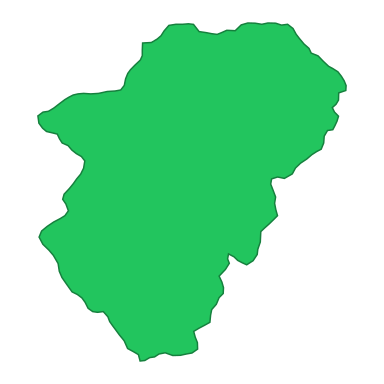 outline of São Geraldo do Baixio, Minas Gerais, Brazil
{"feature_id": "56859067B90652134730320", "entity_name": "São Geraldo do Baixio", "entity_type": "district", "adm_level": 2, "iso_a3": "BRA", "parent_name": "Brazil", "parent_adm1": "Minas Gerais", "projection": "mercator", "projection_center": [-41.367, -18.928], "detail": "fine", "context": "isolated", "style": "filled", "palette": "green", "viewbox_px": 384, "rotation_deg": 0, "n_neighbors": 0, "source": "geoboundaries", "source_scale": "gbopen_adm2", "svg_char_len": 2238}
<svg xmlns="http://www.w3.org/2000/svg" viewBox="0 0 384 384"><path d="M193.5,24.4L188.5,23.8L182.4,24.3L175.8,24.3L168.9,25.4L164.2,30.8L161.0,35.8L157.1,39.1L151.4,42.5L142.6,43.0L142.3,50.0L142.3,55.7L140.3,60.1L135.0,65.1L130.5,69.7L127.8,73.4L125.6,78.8L124.3,85.4L120.7,90.0L115.1,91.0L107.2,91.5L98.6,93.4L90.7,93.9L83.6,93.4L78.0,93.9L73.2,95.0L68.9,97.2L64.9,99.6L59.7,103.5L53.6,108.2L48.4,111.3L43.0,112.1L37.9,115.9L38.9,123.2L42.6,128.2L46.5,131.5L52.1,132.8L57.3,134.1L59.5,138.8L62.2,143.0L68.1,145.6L71.8,150.0L76.3,153.6L81.4,156.5L84.8,160.9L83.6,168.2L80.7,174.1L76.7,178.9L73.3,183.7L69.4,188.5L64.1,194.2L62.7,199.3L65.9,204.0L68.4,210.8L64.9,215.7L60.2,218.6L53.7,222.0L47.2,226.4L41.6,231.0L39.1,237.1L42.9,244.3L48.9,250.1L53.4,255.4L58.1,263.5L59.3,271.3L62.0,277.6L66.4,283.9L69.3,288.0L72.1,291.9L77.4,294.5L81.9,297.9L85.1,302.3L88.1,308.3L92.7,311.6L97.5,312.3L103.3,311.6L107.9,316.8L109.7,321.6L112.6,325.7L115.5,329.6L119.3,334.8L124.2,340.8L127.6,348.5L133.3,351.6L138.4,354.6L140.1,361.0L144.8,360.5L149.7,357.6L154.6,356.9L159.0,354.0L165.2,352.8L172.8,355.5L180.4,355.3L186.3,354.0L192.0,353.0L197.6,349.1L197.4,342.6L195.2,337.1L193.7,331.4L199.0,328.2L204.7,325.2L209.9,322.3L210.6,315.1L211.7,309.6L216.3,304.3L219.1,297.6L223.2,293.5L223.5,287.7L221.9,282.1L219.1,276.1L225.4,269.5L229.3,263.3L227.6,258.9L228.5,253.9L234.0,256.8L237.7,260.4L242.3,262.8L246.7,264.8L253.1,260.7L257.2,254.5L257.8,249.3L260.3,242.0L260.8,231.6L264.7,227.9L269.3,223.8L273.3,219.9L277.5,215.7L275.8,209.6L274.6,203.3L275.6,197.0L273.1,190.3L270.7,184.1L271.6,178.9L277.6,177.0L284.4,178.4L292.3,173.9L295.5,168.0L300.5,163.2L306.8,159.0L311.8,154.7L316.6,151.6L321.2,149.2L323.7,143.0L324.2,136.2L327.5,130.5L332.8,129.7L335.0,125.5L337.0,121.2L338.5,116.2L334.5,112.1L332.3,107.6L336.0,104.3L338.5,100.1L338.7,92.9L345.8,90.5L346.1,85.6L344.1,80.7L341.4,76.3L337.9,71.8L333.0,68.7L328.6,66.3L323.4,61.4L318.1,55.9L311.2,53.1L309.0,48.4L304.0,44.0L299.4,38.5L296.1,34.2L293.0,28.5L287.6,24.3L281.5,25.1L275.7,23.2L267.9,23.0L261.8,24.3L255.2,23.2L247.8,23.0L241.2,24.9L235.2,30.7L226.8,30.3L221.4,32.7L217.2,34.4L211.7,33.7L206.0,32.6L199.1,31.6L193.5,24.4Z" fill="#22c55e" stroke="#15803d" stroke-width="1.5"/></svg>